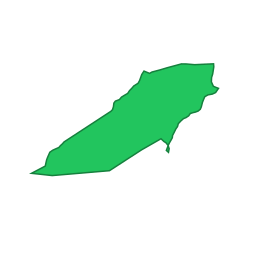 Santa Lúcia, São Paulo, Brazil, rotated 150°
{"feature_id": "56859067B77203657890753", "entity_name": "Santa Lúcia", "entity_type": "district", "adm_level": 2, "iso_a3": "BRA", "parent_name": "Brazil", "parent_adm1": "São Paulo", "projection": "albers", "projection_center": [-48.079, -21.668], "detail": "fine", "context": "isolated", "style": "filled", "palette": "green", "viewbox_px": 256, "rotation_deg": 150, "n_neighbors": 0, "source": "geoboundaries", "source_scale": "gbopen_adm2", "svg_char_len": 1088}
<svg xmlns="http://www.w3.org/2000/svg" viewBox="0 0 256 256"><g transform="rotate(150 128 128)"><path d="M234.2,137.0L217.4,124.7L165.4,100.3L142.7,101.5L127.0,102.3L104.8,102.2L103.6,98.3L102.5,96.2L102.0,92.7L99.6,94.4L96.8,96.0L94.5,97.4L93.1,99.3L90.1,101.2L87.0,103.3L84.4,104.5L82.3,106.6L79.0,107.6L75.2,108.4L72.7,108.0L69.4,108.2L66.8,109.4L64.0,108.8L61.8,108.1L58.8,107.6L56.0,108.1L53.9,109.7L50.7,113.0L48.3,114.9L45.9,116.7L42.2,116.7L38.0,115.2L34.4,114.9L29.8,117.1L31.6,119.3L33.2,121.5L32.7,126.3L30.4,129.9L27.7,132.4L25.5,135.1L23.1,138.1L21.8,140.8L38.6,149.5L45.5,154.3L49.7,156.8L64.0,160.6L71.2,162.3L79.3,164.5L82.0,164.5L85.7,169.3L89.4,167.4L94.1,163.4L96.9,161.7L102.0,161.5L104.8,160.5L108.0,159.6L111.0,158.1L114.2,158.1L118.2,158.0L121.2,156.9L125.5,157.6L127.8,156.6L130.0,153.7L132.3,151.6L134.5,151.0L190.4,147.9L192.6,147.1L195.4,146.5L197.6,145.7L201.2,146.1L204.3,146.4L207.8,146.1L212.3,142.8L214.4,141.1L218.7,136.4L234.2,137.0ZM102.0,92.7L106.0,89.4L105.1,86.7L102.7,89.5L102.0,92.7Z" fill="#22c55e" stroke="#15803d" stroke-width="1.5"/></g></svg>